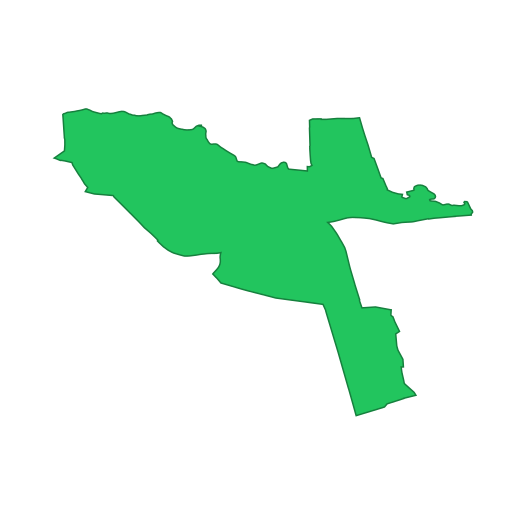 outline of Grobiņa, Grobinas, Latvia, rotated 186°
{"feature_id": "27541924B27244919025150", "entity_name": "Grobiņa", "entity_type": "district", "adm_level": 2, "iso_a3": "LVA", "parent_name": "Latvia", "parent_adm1": "Grobinas", "projection": "equal_earth", "projection_center": [21.167, 56.543], "detail": "fine", "context": "isolated", "style": "filled", "palette": "green", "viewbox_px": 512, "rotation_deg": 186, "n_neighbors": 0, "source": "geoboundaries", "source_scale": "gbopen_adm2", "svg_char_len": 5974}
<svg xmlns="http://www.w3.org/2000/svg" viewBox="0 0 512 512"><g transform="rotate(186 256 256)"><path d="M291.3,255.7L291.5,254.6L291.6,253.2L291.6,251.3L291.5,250.6L291.1,248.6L291.0,247.5L290.9,246.9L290.9,245.6L291.0,244.4L291.3,243.0L291.7,241.9L292.2,240.7L293.5,238.6L296.4,234.7L297.1,233.6L295.9,232.6L293.6,230.6L293.0,230.2L291.9,229.2L288.8,226.2L288.1,225.5L279.3,223.9L267.4,221.7L260.2,220.5L236.5,217.0L232.0,216.3L184.3,214.9L181.1,209.4L180.9,208.7L179.7,205.7L164.2,168.7L161.9,163.0L150.4,134.5L149.8,133.2L143.4,117.1L139.7,107.7L112.8,119.1L112.4,119.3L110.1,122.7L94.2,129.7L94.3,129.9L82.7,134.1L82.4,134.2L84.5,136.9L94.7,144.3L95.3,145.0L96.2,148.0L98.7,155.3L99.4,158.1L100.0,160.8L98.9,160.9L97.8,161.1L99.1,168.6L105.0,177.2L106.6,181.3L108.9,193.1L105.4,196.0L111.2,205.3L112.3,207.6L113.5,209.8L113.6,210.0L114.8,210.5L115.5,211.1L115.7,211.4L115.9,216.1L115.9,216.6L116.6,216.6L131.8,217.8L145.2,215.5L148.4,222.3L148.3,223.2L154.9,238.4L155.0,238.8L160.5,252.1L161.2,253.9L161.6,254.9L167.0,270.0L168.7,273.7L172.3,278.9L173.7,280.7L175.0,282.5L177.3,285.7L179.0,287.8L180.5,289.5L183.9,293.4L186.4,295.5L188.2,296.9L185.7,297.5L181.9,298.6L176.8,300.5L172.6,302.2L169.1,303.5L166.7,304.0L164.0,304.5L159.3,304.8L156.7,305.0L152.0,305.1L147.0,305.1L144.3,304.8L140.6,304.4L135.6,303.6L132.1,303.1L128.5,302.7L126.7,302.6L122.8,302.3L114.4,304.6L109.7,305.4L107.7,305.7L104.6,306.2L102.6,306.7L98.7,308.0L88.5,311.1L88.2,310.8L84.3,311.8L82.3,312.3L76.9,313.3L67.9,315.1L61.4,316.3L61.7,316.4L60.2,316.7L58.3,317.0L46.2,319.2L46.4,320.0L45.1,322.3L45.6,323.7L47.3,325.2L51.2,331.6L52.0,332.1L52.5,332.0L54.2,332.0L54.8,331.1L53.8,329.8L54.1,329.0L54.7,328.5L56.8,327.5L59.4,327.2L64.6,327.2L66.2,326.7L67.6,327.0L69.7,327.8L71.9,327.5L72.6,327.2L75.0,326.4L76.0,326.4L79.1,327.9L83.2,329.1L86.6,329.0L88.6,329.1L89.1,329.7L89.2,330.3L87.7,330.9L85.0,331.4L83.9,332.7L83.7,333.9L84.2,335.2L85.5,336.4L89.3,338.0L91.9,339.3L92.9,341.0L94.5,342.5L97.8,343.6L99.9,343.7L102.2,343.4L103.8,342.7L105.2,341.8L105.8,341.2L106.1,339.6L105.7,338.2L106.1,337.8L107.9,337.1L112.8,335.3L112.5,334.6L112.1,333.2L111.9,332.7L111.2,332.6L110.4,332.5L109.8,332.2L109.3,331.7L109.2,331.0L110.8,329.9L111.9,329.0L112.7,328.8L113.7,328.8L114.6,329.1L116.1,329.4L117.1,329.9L117.2,330.4L117.0,331.1L116.9,331.9L116.8,332.6L120.9,332.6L126.9,333.6L132.4,335.5L132.3,336.3L133.3,338.1L133.4,338.3L133.8,338.8L135.7,342.3L137.9,346.3L139.8,346.8L141.5,350.3L143.5,354.5L148.8,365.3L151.3,366.2L156.1,377.9L160.4,387.3L163.3,394.0L167.5,404.3L173.7,402.9L179.1,402.3L189.4,401.3L200.0,399.3L200.7,399.2L205.5,398.7L205.6,399.2L214.0,398.2L217.0,396.5L216.1,389.8L216.2,388.9L213.8,371.4L214.0,370.7L213.8,369.6L213.7,368.4L212.7,362.3L211.7,356.7L211.0,354.0L209.8,352.0L211.8,350.5L213.2,350.3L214.3,350.3L213.8,345.9L217.5,345.9L232.6,345.8L233.7,347.1L235.4,351.2L236.5,352.0L238.2,352.2L240.6,351.2L241.8,349.9L243.6,346.9L248.3,345.0L249.1,344.9L250.0,344.9L250.6,345.2L251.7,345.5L253.8,346.3L254.9,347.2L255.4,347.6L256.1,348.3L256.8,348.6L258.7,349.0L259.5,349.1L260.0,349.1L260.6,348.9L264.7,346.8L265.9,346.3L266.5,346.2L267.1,346.1L268.7,346.5L270.5,346.6L275.2,347.9L276.3,348.1L277.0,348.1L277.7,348.1L280.0,348.1L282.9,347.9L283.6,348.0L284.3,348.2L284.7,348.5L285.1,349.2L286.0,351.3L286.5,352.3L286.9,352.8L287.4,353.2L288.6,353.9L292.5,355.6L296.7,357.6L299.7,359.2L302.6,360.6L304.1,361.6L305.8,362.7L306.2,362.9L306.5,363.0L307.1,363.1L307.7,363.2L308.4,363.1L309.5,363.0L310.5,362.8L311.4,362.5L311.9,362.5L312.4,362.5L312.9,362.6L313.4,362.8L313.8,363.0L315.4,364.6L316.7,366.5L317.6,367.5L318.0,368.2L318.3,369.0L318.5,370.5L318.7,371.5L318.8,372.3L318.7,374.8L319.0,375.8L319.3,376.4L319.5,376.8L320.0,377.4L320.5,377.7L321.9,378.5L323.0,378.8L324.1,379.1L325.2,379.2L323.8,380.2L323.4,380.4L323.9,380.4L326.4,380.1L328.9,378.8L331.6,375.7L333.0,375.0L334.1,374.8L335.2,374.5L338.2,374.1L341.1,374.1L342.0,374.3L343.5,374.3L346.6,374.7L347.9,375.0L349.4,375.7L352.5,377.9L353.4,379.5L353.1,381.2L354.4,383.4L355.5,384.2L356.4,385.0L357.2,385.4L358.5,385.8L359.7,386.1L361.1,386.6L362.6,387.2L363.5,387.5L363.9,387.7L364.6,388.1L365.8,388.7L366.5,388.7L367.9,388.5L369.1,388.2L371.1,387.6L373.5,386.5L374.6,386.2L375.5,386.1L376.4,385.9L378.3,385.3L379.3,384.7L380.1,384.6L382.1,384.2L383.2,384.0L385.8,383.3L387.4,383.1L389.3,383.0L390.2,383.0L391.2,383.3L391.8,383.3L392.9,383.2L393.5,383.2L394.9,383.6L395.7,383.8L397.0,383.9L397.9,384.3L400.9,385.5L402.5,385.9L404.7,385.8L407.2,385.1L409.6,384.2L412.7,383.1L415.5,382.5L416.7,382.4L417.7,382.5L418.8,382.7L419.7,382.6L420.9,382.3L421.5,382.1L422.7,382.1L423.6,382.1L424.5,381.3L426.2,381.4L430.2,382.0L432.7,382.4L433.1,382.5L433.8,382.6L436.3,383.6L437.3,383.9L438.3,384.1L439.1,384.4L439.8,384.5L440.5,384.5L441.3,384.3L442.5,383.8L443.7,383.3L445.1,382.8L445.4,382.7L446.2,382.4L448.3,381.8L449.7,381.4L450.5,381.1L451.8,380.7L453.5,380.3L455.1,379.9L455.6,379.8L456.1,379.6L458.3,379.2L458.8,379.0L459.8,378.4L460.9,377.8L462.2,377.3L462.9,376.5L462.1,372.0L460.8,364.5L459.0,354.1L459.0,353.7L458.3,351.8L457.7,346.5L457.5,340.5L466.9,332.3L465.0,331.9L461.0,330.7L460.1,330.6L459.9,330.7L459.8,330.8L458.0,330.7L456.2,330.6L448.8,329.7L447.8,327.4L441.1,318.8L438.0,315.2L437.1,313.9L436.3,312.9L435.5,311.9L434.8,310.9L434.1,309.9L430.5,306.6L432.5,302.2L423.3,300.8L414.4,301.0L404.4,301.2L404.1,300.9L403.4,299.9L395.3,293.4L387.4,287.0L386.1,285.9L384.4,284.6L381.5,282.2L376.7,278.3L373.3,275.4L372.4,274.6L370.0,272.5L368.3,271.3L367.9,271.1L366.7,270.2L365.9,269.7L362.5,267.3L359.3,264.8L358.4,264.1L356.3,262.4L355.2,261.5L355.6,260.7L353.7,259.1L349.0,255.5L344.0,252.6L339.9,250.9L338.0,250.3L332.0,249.2L327.5,248.5L326.6,248.5L324.2,248.8L322.8,249.0L320.1,249.6L317.5,250.2L315.4,250.7L312.2,251.6L310.3,252.1L308.2,252.5L304.7,253.3L301.6,253.8L297.4,254.3L295.3,254.6L293.3,255.1L291.6,255.6L291.3,255.7Z" fill="#22c55e" stroke="#15803d" stroke-width="1.5"/></g></svg>